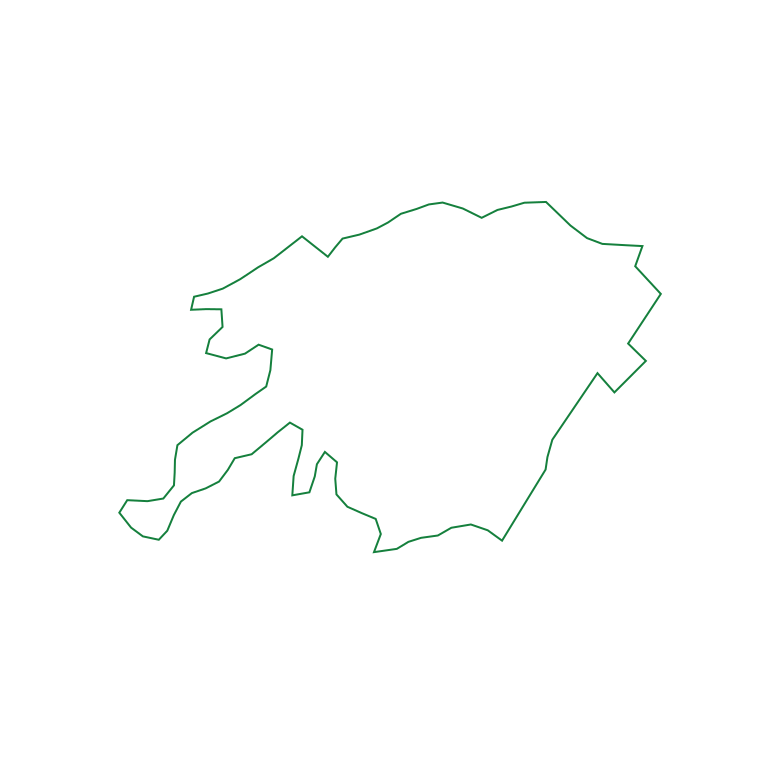 the district of Barra Funda, Rio Grande do Sul, Brazil, rotated 316°
{"feature_id": "56859067B80919808552891", "entity_name": "Barra Funda", "entity_type": "district", "adm_level": 2, "iso_a3": "BRA", "parent_name": "Brazil", "parent_adm1": "Rio Grande do Sul", "projection": "natural_earth1", "projection_center": [-53.035, -27.919], "detail": "fine", "context": "isolated", "style": "outline", "palette": "green", "viewbox_px": 768, "rotation_deg": 316, "n_neighbors": 0, "source": "geoboundaries", "source_scale": "gbopen_adm2", "svg_char_len": 1414}
<svg xmlns="http://www.w3.org/2000/svg" viewBox="0 0 768 768"><g transform="rotate(316 384 384)"><path d="M588.4,549.3L587.7,524.5L645.7,511.5L646.5,473.8L665.7,464.3L654.5,452.3L638.4,434.9L631.4,420.1L628.2,399.5L627.7,385.0L627.0,365.6L610.9,351.1L599.0,344.9L586.5,337.6L569.7,332.3L562.6,312.5L552.2,294.2L541.0,286.0L529.0,280.7L514.4,273.3L499.0,270.6L486.9,267.1L470.0,259.4L455.2,250.6L443.7,251.8L432.0,253.5L427.6,220.8L392.1,217.0L374.5,212.6L353.3,208.7L334.3,203.4L320.2,196.6L308.0,189.3L296.8,196.6L308.2,206.7L318.9,217.3L307.5,230.8L289.5,230.8L277.5,238.2L288.2,255.9L305.1,265.6L321.1,268.6L327.5,281.5L311.9,295.1L297.5,304.0L284.3,301.9L266.3,299.5L250.7,296.0L233.2,290.4L212.4,286.0L192.9,284.5L181.0,293.3L171.7,302.5L162.5,311.0L145.7,313.1L132.5,304.0L118.6,289.2L104.2,292.7L102.3,311.6L104.7,326.1L113.8,339.6L126.2,339.0L141.8,332.3L156.2,327.5L170.0,329.0L183.2,335.2L197.6,339.6L212.0,337.3L225.1,333.7L240.0,342.6L259.5,344.0L273.9,344.9L289.5,346.4L293.6,360.3L282.4,370.9L270.5,378.3L255.1,387.4L240.7,400.4L255.1,410.1L270.0,402.4L280.0,395.1L294.3,391.8L295.8,407.7L283.1,418.3L273.1,430.4L272.4,446.9L278.3,461.4L284.3,475.3L277.5,489.7L260.0,498.0L278.7,511.5L291.9,514.5L303.8,520.4L317.5,530.4L332.6,534.2L348.9,545.4L357.0,561.3L360.1,578.7L440.8,557.8L450.8,550.1L466.4,541.0L545.1,524.5L543.9,550.1L588.4,549.3Z" fill="none" stroke="#15803d" stroke-width="2"/></g></svg>